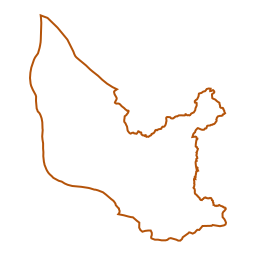 the district of Viengxay, Houaphan, Laos
{"feature_id": "54806243B54136616884271", "entity_name": "Viengxay", "entity_type": "district", "adm_level": 2, "iso_a3": "LAO", "parent_name": "Laos", "parent_adm1": "Houaphan", "projection": "equal_earth", "projection_center": [104.544, 20.388], "detail": "fine", "context": "isolated", "style": "outline", "palette": "amber", "viewbox_px": 256, "rotation_deg": 0, "n_neighbors": 0, "source": "geoboundaries", "source_scale": "gbopen_adm2", "svg_char_len": 5963}
<svg xmlns="http://www.w3.org/2000/svg" viewBox="0 0 256 256"><path d="M40.7,15.4L41.0,18.1L41.3,22.9L40.8,39.1L40.6,42.2L40.1,45.3L39.6,47.8L38.0,53.4L35.1,57.4L34.0,59.6L31.3,67.6L30.4,72.6L30.0,78.0L30.6,83.7L31.2,86.0L32.8,89.7L35.6,94.9L36.1,96.5L36.0,100.9L36.7,108.7L37.1,109.4L37.8,111.5L38.7,112.3L39.6,113.4L40.5,115.2L41.6,118.3L42.3,122.2L42.5,128.4L42.7,130.0L42.2,136.4L42.5,139.6L43.1,143.3L43.1,148.5L43.4,152.2L43.3,156.2L43.9,161.7L44.4,163.9L44.5,164.7L46.4,169.4L47.0,170.6L48.3,172.7L49.6,174.2L52.0,176.4L53.3,177.8L54.9,178.7L58.8,180.8L61.7,181.6L64.7,183.5L67.7,184.8L72.3,186.0L81.2,186.8L88.4,187.9L90.1,188.3L94.3,189.6L95.6,189.7L98.1,190.4L103.0,192.3L106.1,194.7L111.1,199.0L113.3,200.7L114.1,201.6L115.4,203.5L115.8,205.2L117.0,206.5L118.1,207.8L118.9,208.4L119.1,209.7L119.5,210.5L119.6,211.2L119.5,212.3L118.9,213.4L118.3,214.2L123.9,215.3L128.3,216.5L131.0,217.1L132.9,217.3L136.9,220.8L139.3,222.6L139.2,227.7L140.4,230.0L142.4,231.7L145.1,230.9L148.4,230.5L150.7,230.5L151.8,232.8L151.8,235.0L151.1,237.1L151.4,238.3L152.8,238.9L155.0,239.7L158.2,239.7L161.5,240.3L165.7,240.3L167.5,239.8L168.8,238.6L170.8,238.1L176.4,239.7L178.2,240.6L180.3,240.6L182.1,238.9L182.7,237.3L188.4,233.2L189.1,232.4L190.0,232.5L192.7,233.6L194.9,232.5L195.9,231.2L197.3,229.8L199.3,229.9L202.5,226.0L211.7,225.8L212.6,225.0L220.0,226.2L223.9,225.4L225.5,224.5L226.0,222.8L225.4,221.1L224.4,219.2L222.6,217.1L222.5,213.4L223.4,211.7L224.1,211.2L225.7,209.2L225.7,208.4L225.3,208.3L224.9,207.6L223.9,207.5L223.4,206.9L223.1,207.0L222.2,206.3L221.6,206.2L220.1,205.6L219.3,205.0L218.7,205.2L218.0,205.8L217.2,205.7L216.8,206.0L216.2,205.7L215.2,205.9L214.0,205.0L213.5,204.9L213.6,204.2L213.3,203.3L213.4,202.7L212.9,202.1L212.9,200.8L212.5,200.4L212.0,200.2L211.9,199.4L211.4,198.8L211.2,198.2L210.0,197.9L209.1,198.3L208.3,198.4L208.0,198.2L207.4,198.3L206.9,198.1L206.1,198.0L205.8,197.5L205.5,197.4L204.2,197.8L203.2,199.0L202.5,199.2L201.9,200.1L200.6,199.9L199.7,198.7L199.5,197.8L198.4,197.1L198.2,196.6L197.3,195.7L196.9,195.5L196.5,194.7L195.5,194.2L194.9,193.3L194.9,192.7L194.7,192.0L194.9,191.0L194.6,189.1L194.4,188.8L194.0,188.3L193.7,188.1L193.5,187.7L194.1,186.7L194.5,184.1L194.1,183.2L194.4,182.1L194.0,179.9L194.0,179.1L194.4,179.0L195.3,179.1L194.6,177.1L194.7,176.9L195.1,176.9L195.3,176.4L195.6,176.6L195.7,175.0L196.0,174.1L195.9,173.4L196.2,172.8L196.2,172.1L196.2,171.7L196.7,171.1L197.3,171.1L197.5,170.9L198.1,170.7L197.7,169.8L197.6,169.3L196.7,169.4L196.7,169.2L197.4,168.6L197.5,167.8L197.2,167.7L196.4,168.3L196.2,167.4L196.5,167.1L196.5,166.8L196.2,166.6L195.9,166.1L195.9,165.3L195.7,164.0L195.6,162.1L195.9,161.1L196.0,160.9L196.7,160.9L196.7,160.6L196.3,160.0L196.3,159.1L196.4,158.8L197.3,158.2L197.1,156.9L196.4,155.5L196.5,154.6L196.8,153.9L196.8,153.1L196.4,152.6L196.6,152.2L196.9,152.0L197.0,151.7L197.4,150.3L197.7,149.7L197.9,148.8L197.9,148.7L197.5,148.5L197.0,147.8L196.9,147.1L195.9,146.7L195.7,146.5L195.8,144.1L196.4,140.0L196.9,139.7L197.4,139.0L197.4,138.5L196.6,138.2L196.3,137.0L196.0,136.8L195.4,136.6L192.4,137.0L193.3,134.1L194.3,132.8L195.1,132.2L195.4,130.9L195.8,130.1L197.6,128.2L197.9,128.1L201.4,129.6L202.6,129.8L204.0,129.7L204.5,129.3L204.8,128.7L205.2,128.4L206.1,128.4L206.5,128.0L207.0,126.3L207.2,125.9L207.6,125.7L210.4,125.4L210.9,124.9L212.5,124.7L213.2,124.1L213.9,124.1L214.4,123.8L215.2,123.0L215.6,122.2L216.3,121.5L216.6,120.7L216.6,120.3L216.3,119.4L216.7,118.8L216.8,118.0L217.0,117.6L217.9,116.4L219.6,115.9L221.2,115.9L222.4,115.5L222.6,115.4L222.7,114.6L222.9,114.4L224.1,114.0L225.1,113.2L224.3,111.7L224.2,110.5L223.3,109.3L223.4,108.9L223.3,108.6L223.0,108.1L222.5,107.9L221.1,107.9L220.5,107.5L220.1,107.0L220.1,105.8L219.9,105.0L219.5,104.1L219.5,103.0L219.2,102.6L218.1,102.0L216.5,100.8L215.5,99.7L212.6,98.4L212.3,98.1L212.0,95.4L212.0,94.3L212.2,94.0L213.4,93.3L214.2,92.5L214.3,91.8L214.1,91.2L213.7,90.7L213.0,90.1L211.4,90.9L210.2,91.1L210.2,90.4L210.6,88.7L208.7,88.5L206.8,89.0L206.5,89.3L205.7,90.5L205.0,91.2L203.6,91.5L202.9,91.8L201.5,92.9L199.1,93.5L198.9,93.7L198.5,96.4L197.1,99.3L196.0,99.9L194.8,101.1L194.8,102.1L195.0,102.6L196.5,102.8L196.7,103.1L196.6,104.0L196.7,104.9L196.6,105.8L195.5,108.2L195.2,110.2L193.8,112.4L192.0,113.2L191.2,113.6L190.1,115.1L189.4,115.4L188.5,115.1L187.6,115.3L187.0,115.2L185.8,114.2L185.5,114.2L185.1,115.2L184.8,115.4L182.5,115.4L181.6,115.3L178.8,115.4L177.2,116.4L176.3,116.3L174.8,117.0L174.4,117.6L173.7,117.9L172.9,118.5L171.4,118.4L170.8,118.1L170.5,117.5L170.0,117.2L167.6,117.0L166.7,117.2L166.3,117.6L166.2,118.2L166.5,121.0L166.3,121.7L166.1,122.1L166.1,122.8L165.5,124.9L164.4,126.5L163.5,126.8L162.6,126.7L161.9,127.4L161.5,128.0L161.3,128.7L161.0,128.9L158.8,129.2L158.0,129.5L157.3,130.2L156.9,130.3L156.1,129.9L155.5,130.2L155.2,130.5L154.7,131.8L153.6,133.2L152.4,133.6L152.0,134.0L151.6,134.0L151.4,134.3L151.3,134.9L150.8,135.4L149.6,135.9L148.5,136.8L147.6,136.6L146.4,136.8L145.9,136.2L145.8,135.2L145.6,135.1L145.4,135.1L145.0,135.4L144.8,135.8L144.6,135.9L144.1,135.4L142.9,135.4L142.4,135.1L141.7,134.6L141.4,134.2L141.3,132.9L141.0,132.4L140.5,132.3L139.7,132.3L138.9,131.5L138.6,131.4L138.3,131.3L138.1,131.7L136.8,133.6L136.3,133.8L135.5,133.5L134.2,133.4L133.5,132.7L132.2,132.8L130.7,133.6L130.1,133.4L129.2,132.7L127.9,131.0L127.6,130.4L127.1,126.9L126.8,126.1L126.2,125.0L125.5,123.3L124.5,122.2L124.2,121.2L124.3,119.2L124.5,118.5L124.6,117.2L124.7,116.3L126.4,115.0L126.8,114.3L127.7,113.3L128.2,112.4L128.6,111.1L128.5,110.8L128.1,110.6L127.2,110.8L126.8,110.3L125.5,109.5L124.4,108.3L121.6,106.1L120.2,104.5L119.3,103.8L118.1,103.5L116.2,103.6L114.9,102.7L114.9,102.4L116.5,99.4L116.7,98.4L116.5,97.6L114.6,94.3L114.1,92.4L114.1,91.6L114.7,90.8L117.0,89.3L112.5,87.1L107.0,83.6L102.3,79.8L98.2,75.9L92.5,71.4L90.1,69.4L86.0,65.4L79.8,60.3L76.4,57.4L75.3,56.1L74.3,54.1L73.4,51.6L67.4,39.6L57.5,27.6L47.5,17.9L40.7,15.4Z" fill="none" stroke="#b45309" stroke-width="2"/></svg>